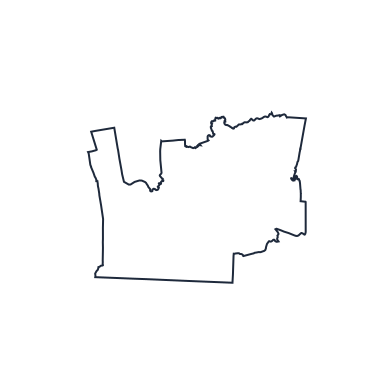 outline of Crevedia Mare, Giurgiu, Romania, rotated 124°
{"feature_id": "2599482B65943054980402", "entity_name": "Crevedia Mare", "entity_type": "district", "adm_level": 2, "iso_a3": "ROU", "parent_name": "Romania", "parent_adm1": "Giurgiu", "projection": "orthographic", "projection_center": [25.603, 44.429], "detail": "fine", "context": "isolated", "style": "outline", "palette": "slate", "viewbox_px": 384, "rotation_deg": 124, "n_neighbors": 0, "source": "geoboundaries", "source_scale": "gbopen_adm2", "svg_char_len": 5973}
<svg xmlns="http://www.w3.org/2000/svg" viewBox="0 0 384 384"><g transform="rotate(124 192 192)"><path d="M316.7,224.6L304.7,205.2L297.0,192.7L289.7,181.0L267.8,145.3L244.6,107.7L237.4,112.0L221.8,121.8L219.8,122.9L219.3,122.1L218.6,121.5L217.0,119.6L216.6,118.9L216.5,118.5L216.6,118.0L216.6,117.7L215.8,116.3L215.7,115.9L215.8,114.5L216.4,113.8L216.4,113.6L210.3,108.3L209.3,107.4L208.4,106.5L207.5,106.2L206.2,104.8L204.4,103.0L203.9,102.0L203.4,101.4L200.4,99.2L199.1,98.8L197.2,99.3L196.6,99.7L195.7,100.0L193.1,100.8L189.9,100.7L189.6,100.5L189.3,99.3L188.8,98.7L187.5,98.1L186.2,97.9L185.7,97.4L185.6,97.1L185.6,96.7L186.2,95.6L186.2,95.1L185.9,93.9L184.6,92.6L184.5,92.8L184.3,93.6L183.8,94.6L183.5,95.0L182.7,95.5L181.7,95.6L180.9,96.2L180.4,96.8L178.9,96.7L178.3,96.9L177.9,97.5L177.3,98.5L176.2,102.0L175.3,101.5L175.2,101.4L174.1,97.1L173.4,93.6L172.0,88.9L170.7,82.8L170.2,81.1L169.7,80.3L168.5,79.4L165.5,78.7L164.8,78.4L164.6,78.1L164.6,77.4L164.4,76.6L164.5,75.0L164.2,74.7L163.4,74.7L162.2,75.1L161.4,75.5L136.7,92.2L136.6,92.5L136.9,93.0L138.9,96.8L135.3,99.0L132.8,100.7L132.4,100.8L132.1,101.2L129.5,103.1L129.2,103.5L124.4,107.3L122.6,108.9L122.6,109.4L122.4,109.6L121.6,110.4L121.6,110.8L121.7,111.1L122.5,111.7L122.5,111.8L121.8,112.1L121.6,112.5L121.3,112.9L120.5,113.5L120.3,114.0L120.3,114.5L120.8,114.7L121.2,115.3L121.5,115.5L121.9,115.6L122.1,115.5L122.0,114.6L122.5,114.2L122.8,114.1L123.0,113.8L123.6,113.7L123.9,114.0L124.2,114.1L125.0,113.5L126.0,114.5L126.1,115.1L126.0,115.8L125.5,117.2L125.2,117.5L125.0,117.4L125.0,117.0L124.9,116.7L124.4,115.7L124.1,115.4L123.9,115.3L123.1,115.8L121.7,116.4L118.3,117.3L117.5,117.4L117.5,117.6L117.2,118.1L116.9,117.5L115.2,118.4L114.9,118.9L114.7,119.7L114.2,120.0L113.9,120.1L113.1,119.8L112.8,119.8L111.6,120.2L110.5,120.4L108.5,121.2L107.8,121.4L107.1,121.3L106.0,121.7L98.8,125.0L97.2,125.6L96.1,126.3L95.3,126.6L95.2,126.4L95.1,126.5L74.1,135.8L67.3,138.7L75.4,152.6L76.4,154.2L77.2,155.0L76.9,155.3L76.7,156.2L75.9,157.6L76.0,158.9L76.8,159.7L77.1,159.8L77.9,160.5L79.8,161.2L79.8,161.4L79.8,161.5L80.0,161.6L79.3,162.3L80.8,163.8L81.6,164.8L83.6,166.2L83.4,167.6L83.2,168.2L82.9,168.7L81.9,169.8L81.7,170.3L83.2,169.9L83.6,170.2L83.9,170.9L84.1,170.8L84.5,171.1L85.6,171.0L86.2,170.8L86.9,170.8L87.7,171.2L87.8,171.4L88.2,173.1L88.6,173.7L89.6,174.4L91.3,175.0L92.2,175.5L93.8,176.8L94.0,177.4L94.2,178.6L94.4,179.1L94.8,179.6L95.5,180.0L97.8,180.4L98.2,180.7L98.5,181.5L98.3,182.4L98.4,183.1L98.1,183.6L98.2,183.9L99.6,184.2L100.7,184.1L101.8,184.6L102.8,184.7L103.3,185.1L103.4,185.4L103.9,185.8L104.6,187.2L105.5,187.8L106.5,188.0L107.1,188.5L107.6,188.3L107.8,188.4L107.9,188.6L108.0,188.9L108.7,189.4L109.8,190.9L112.8,191.6L113.1,191.7L113.5,192.5L114.6,193.1L115.8,192.8L116.1,192.9L116.2,193.0L116.5,193.5L116.4,194.1L116.6,194.7L116.4,195.3L116.6,196.9L116.4,197.4L116.7,199.3L116.6,199.9L117.2,200.8L117.3,201.3L117.6,201.8L117.3,203.0L117.0,203.5L116.1,204.3L115.7,204.3L115.3,203.8L115.1,203.7L114.9,204.1L114.8,204.7L114.7,204.8L114.3,204.8L113.8,204.6L113.6,204.7L112.7,205.6L112.5,206.2L112.3,206.7L112.7,207.4L112.2,207.7L112.0,208.0L113.2,209.4L113.7,209.6L114.7,209.4L114.9,209.5L115.1,209.8L115.1,210.6L115.3,210.8L115.6,210.9L116.3,210.9L116.5,211.3L116.3,212.4L116.9,212.9L117.0,213.7L117.1,213.9L117.6,213.9L119.0,213.3L119.8,212.7L120.1,212.9L120.3,213.7L121.1,213.8L121.9,214.2L122.1,214.4L122.0,214.8L122.0,215.0L122.7,215.2L122.9,215.2L123.3,214.8L123.8,214.9L124.1,214.8L124.4,214.3L124.3,213.5L125.2,213.3L126.1,213.0L126.2,212.8L126.2,212.4L126.3,212.3L126.7,212.4L126.7,212.7L126.9,212.9L127.4,212.9L128.3,212.2L129.5,210.4L130.1,209.8L130.1,209.6L130.0,209.0L130.1,208.8L131.9,207.0L131.9,206.8L131.6,206.7L131.5,206.1L131.5,205.7L131.8,205.5L132.9,205.6L134.6,206.0L135.0,206.3L135.3,206.9L135.4,207.3L135.7,207.9L135.6,208.3L135.1,208.7L135.1,209.2L135.4,209.8L136.3,210.2L136.6,210.2L137.2,210.1L139.0,208.9L139.7,208.3L139.9,207.8L140.0,207.2L140.8,207.5L147.8,212.7L148.4,211.5L148.5,211.2L148.9,212.1L149.8,213.3L150.3,213.2L150.6,213.3L150.6,212.6L151.7,212.8L152.5,213.4L153.0,213.5L152.8,213.8L153.0,214.3L153.7,214.3L153.7,214.8L154.1,214.9L155.0,215.6L155.2,216.7L155.4,217.6L155.5,218.4L155.5,219.1L156.7,220.0L156.8,220.2L156.9,220.8L157.0,221.1L157.7,221.7L157.8,221.9L157.6,222.2L157.2,222.5L157.7,223.3L156.7,224.2L153.4,226.5L152.7,227.2L156.7,232.6L160.1,236.6L166.5,244.8L166.9,245.5L166.8,246.1L174.2,242.3L176.0,241.2L183.3,236.1L193.1,228.0L193.9,227.8L195.9,228.1L196.4,227.9L196.7,227.4L197.4,224.8L197.5,224.5L197.4,223.7L198.4,223.3L198.6,222.7L198.4,222.3L198.6,222.1L198.8,222.0L199.1,222.0L199.4,222.3L199.4,222.9L199.5,223.0L200.6,223.3L201.7,223.2L202.0,222.6L202.3,222.4L202.6,222.3L203.0,222.5L203.2,222.8L203.2,223.3L203.0,223.9L203.1,224.2L203.4,224.3L203.6,224.2L203.8,223.6L204.6,222.9L205.2,222.9L206.6,223.4L206.8,223.3L207.0,222.9L207.0,221.9L207.3,221.8L208.6,221.6L209.4,221.7L210.2,222.4L210.4,222.7L210.5,223.0L210.2,223.9L210.6,224.6L210.5,225.1L210.6,225.4L210.9,225.7L212.0,226.1L212.3,226.0L213.1,225.5L213.4,225.4L213.7,225.5L214.4,226.2L214.5,226.9L214.4,227.3L214.1,227.6L213.2,228.1L213.0,228.4L212.2,231.1L211.4,232.2L210.9,233.6L210.1,235.3L210.0,236.6L210.6,240.0L211.8,242.0L215.7,245.2L220.1,247.1L221.2,248.5L221.6,254.1L216.4,259.8L213.6,262.4L205.1,270.7L198.5,276.8L197.5,277.9L193.5,281.7L182.2,292.4L195.6,306.5L198.4,309.3L210.2,294.6L211.1,295.0L214.4,297.8L217.0,300.5L217.8,299.2L226.2,291.6L227.0,290.6L227.2,290.0L227.8,289.6L231.2,284.4L233.7,281.1L234.0,280.2L235.3,278.2L236.5,277.4L235.9,276.5L238.1,274.5L238.5,274.3L239.9,273.1L241.4,271.5L245.2,268.0L246.6,266.9L253.8,260.0L264.1,250.6L271.4,245.9L280.7,239.6L283.4,237.9L288.1,234.6L299.2,227.4L299.9,226.8L301.2,226.1L302.5,224.9L302.9,225.0L303.9,226.2L305.8,226.9L306.6,227.6L307.5,227.1L309.2,226.6L310.8,226.9L312.6,226.8L313.9,226.6L314.5,226.0L315.6,225.1L316.7,224.6Z" fill="none" stroke="#1e293b" stroke-width="2"/></g></svg>